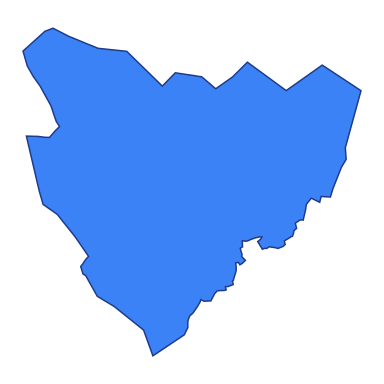 outline of Ilesha West, Osun, Nigeria
{"feature_id": "59680162B98234428566305", "entity_name": "Ilesha West", "entity_type": "district", "adm_level": 2, "iso_a3": "NGA", "parent_name": "Nigeria", "parent_adm1": "Osun", "projection": "equal_earth", "projection_center": [4.729, 7.638], "detail": "fine", "context": "isolated", "style": "filled", "palette": "blue", "viewbox_px": 384, "rotation_deg": 0, "n_neighbors": 0, "source": "geoboundaries", "source_scale": "gbopen_adm2", "svg_char_len": 1766}
<svg xmlns="http://www.w3.org/2000/svg" viewBox="0 0 384 384"><path d="M44.9,31.3L23.0,51.1L27.3,66.0L33.2,76.4L40.2,86.2L43.5,92.3L50.9,105.7L54.6,116.8L56.2,121.3L59.5,126.6L55.3,130.7L54.5,131.6L49.5,137.4L45.1,137.3L37.9,136.4L26.4,136.1L39.2,190.9L43.1,204.4L55.3,213.0L57.3,214.4L62.5,221.0L75.2,236.9L88.6,256.4L86.9,258.1L85.4,259.9L84.1,261.7L83.0,263.6L80.7,266.5L83.0,274.0L85.7,275.6L97.3,296.3L114.2,306.5L143.6,330.1L152.9,355.8L184.3,334.8L187.8,327.6L187.8,321.6L188.8,318.1L189.8,315.9L193.1,312.9L197.5,306.4L200.1,302.0L200.7,299.6L204.0,301.2L210.9,300.9L214.5,293.9L217.1,290.9L219.9,290.6L224.1,290.5L226.2,289.9L225.4,286.7L228.2,286.5L233.2,284.6L232.5,280.9L233.4,280.2L234.1,277.5L235.9,271.7L236.2,270.0L236.2,268.0L236.1,265.8L235.6,262.9L238.4,262.4L239.9,264.8L242.5,263.2L245.4,260.4L241.6,256.4L242.1,254.7L240.2,248.3L242.5,246.9L242.3,240.7L245.5,241.2L246.8,241.2L247.5,240.7L248.2,240.7L249.2,240.2L250.9,239.4L252.1,239.0L254.9,238.0L256.9,237.5L259.4,236.9L261.8,236.8L260.8,238.9L259.2,240.5L257.7,241.5L258.4,243.0L259.2,243.7L259.7,245.0L260.5,246.1L260.9,246.9L261.6,247.7L261.9,248.8L262.7,249.2L263.6,248.7L264.9,248.3L266.9,248.4L269.1,246.8L274.8,247.6L278.1,248.4L282.9,246.5L285.2,244.6L284.3,240.9L287.4,239.1L290.5,237.2L290.7,236.8L292.5,236.3L293.3,233.9L293.8,232.0L293.8,231.0L295.1,229.6L296.6,228.4L295.3,223.2L299.9,220.1L302.4,219.9L303.2,220.1L305.8,208.7L306.1,205.7L306.8,203.7L311.3,198.2L319.7,202.3L321.1,196.5L330.4,197.0L333.2,188.0L341.4,167.3L346.2,159.3L345.3,147.8L361.0,90.7L322.2,65.1L286.2,90.6L247.4,62.2L232.6,76.9L216.1,88.5L215.6,88.7L201.7,76.8L175.3,72.8L162.3,86.1L126.7,51.3L98.0,48.3L85.7,43.3L68.5,36.2L53.0,28.2L44.9,31.3Z" fill="#3b82f6" stroke="#1e3a8a" stroke-width="1.5"/></svg>